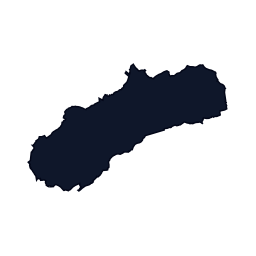 Dealu, Harghita, Romania (orthographic projection), rotated 44°
{"feature_id": "2599482B29353811741057", "entity_name": "Dealu", "entity_type": "district", "adm_level": 2, "iso_a3": "ROU", "parent_name": "Romania", "parent_adm1": "Harghita", "projection": "orthographic", "projection_center": [25.317, 46.415], "detail": "fine", "context": "isolated", "style": "filled", "palette": "ink", "viewbox_px": 256, "rotation_deg": 44, "n_neighbors": 0, "source": "geoboundaries", "source_scale": "gbopen_adm2", "svg_char_len": 5764}
<svg xmlns="http://www.w3.org/2000/svg" viewBox="0 0 256 256"><g transform="rotate(44 128 128)"><path d="M85.6,224.7L87.5,224.9L88.7,224.9L89.6,225.3L92.6,225.9L93.0,226.2L94.3,226.3L95.3,226.6L98.4,228.9L98.0,226.9L99.9,226.0L100.3,225.7L100.3,225.4L101.5,226.3L103.1,224.5L103.5,223.7L104.5,223.3L105.7,223.1L105.8,223.6L106.7,224.7L108.6,225.4L108.9,225.9L110.6,225.7L111.1,225.5L110.7,225.4L110.9,225.1L111.3,225.1L111.6,224.2L112.5,223.9L112.4,223.6L112.5,223.5L113.3,223.2L113.5,223.7L115.0,222.0L114.6,221.6L114.9,221.1L115.0,219.2L115.6,218.6L117.9,217.7L120.4,217.2L125.0,217.5L125.3,217.4L126.1,215.8L128.7,214.5L128.8,213.4L129.2,212.8L129.3,210.7L129.2,209.1L129.9,205.8L131.7,201.4L132.3,201.8L132.3,202.0L132.5,202.3L132.9,202.4L133.6,202.9L135.0,202.8L135.3,204.4L135.4,205.3L135.6,205.4L135.9,206.4L135.8,206.8L135.6,206.9L135.6,207.1L135.4,207.2L135.3,207.5L136.4,207.4L136.4,206.6L136.7,205.8L136.8,203.2L137.6,199.1L139.4,195.9L139.8,194.3L139.5,193.4L140.2,193.0L140.4,192.2L140.4,190.9L139.3,190.7L139.2,190.1L139.5,190.0L139.6,189.8L139.5,188.6L139.7,186.6L139.2,184.7L139.8,184.8L140.1,183.7L140.4,183.7L140.6,181.0L140.3,179.8L140.2,178.9L139.6,177.7L139.7,177.4L139.4,175.6L140.0,175.2L140.1,174.9L140.8,174.5L141.1,173.9L142.1,172.9L142.4,172.1L141.7,171.7L141.3,171.0L141.3,170.4L141.6,170.2L141.4,169.8L141.5,169.5L139.7,167.6L138.2,166.6L137.2,165.4L137.0,163.5L136.4,162.8L136.4,161.7L136.5,160.5L136.3,159.2L136.6,158.8L136.7,158.5L136.6,157.8L137.1,157.1L137.3,156.2L137.9,154.5L139.4,153.0L140.3,152.5L140.7,152.1L141.7,149.4L141.5,148.3L142.0,148.0L142.4,147.3L145.0,145.0L144.7,144.0L145.3,143.8L145.5,140.6L146.0,140.5L144.9,138.1L144.4,135.4L144.4,134.7L145.0,132.8L146.5,130.5L147.0,128.7L146.8,126.7L146.0,125.3L146.0,125.0L146.3,124.0L146.2,122.8L145.7,121.5L155.4,104.3L154.9,103.9L154.6,103.2L156.6,100.6L157.3,98.8L158.1,98.3L158.4,97.9L158.6,97.2L158.4,96.6L158.6,96.0L159.8,93.1L161.0,92.7L161.5,92.4L162.4,91.0L163.0,89.7L163.4,89.4L164.2,85.0L164.5,84.3L165.8,83.8L166.2,83.5L166.6,83.5L167.0,83.0L167.3,83.1L168.2,82.3L168.4,82.3L168.6,82.0L169.1,82.1L169.5,81.8L169.6,81.3L170.0,81.3L170.9,80.2L171.3,80.1L171.4,79.5L171.8,79.4L172.0,78.3L172.4,78.1L172.5,77.3L173.0,77.0L173.2,76.3L173.7,76.1L174.0,75.7L174.0,75.4L174.5,75.2L175.0,74.3L175.3,74.0L176.7,73.2L177.2,73.3L178.3,73.1L178.3,72.9L177.4,72.7L176.9,72.3L176.7,72.0L176.5,70.7L175.9,69.6L175.9,69.3L175.4,69.1L175.2,68.4L177.8,66.6L179.5,64.8L180.2,63.0L180.6,62.4L180.3,62.0L180.2,61.6L180.4,61.2L181.7,60.9L181.6,60.5L182.0,60.4L182.7,58.9L183.4,58.5L183.8,57.7L183.9,57.2L184.3,57.1L184.2,56.6L185.3,55.0L184.8,54.1L184.2,53.9L183.8,53.4L183.1,53.2L182.7,52.2L182.3,51.7L182.7,51.3L185.0,47.8L185.7,45.6L183.9,44.4L183.3,43.3L181.2,42.6L181.0,41.4L180.8,41.3L179.9,41.6L179.5,41.4L179.4,40.6L172.8,35.5L172.2,34.8L171.0,33.2L170.4,32.5L170.5,31.9L169.4,31.8L169.1,31.5L168.0,31.0L166.0,31.0L163.5,32.1L160.1,31.9L159.6,32.3L159.1,31.3L159.2,31.0L157.4,30.6L155.2,29.8L154.4,29.0L153.6,28.6L153.2,27.6L152.1,27.1L151.5,27.6L150.3,27.7L148.7,28.5L148.6,28.3L147.6,28.7L145.9,29.8L142.4,31.2L140.0,31.2L138.0,30.7L137.1,32.0L136.6,32.1L135.8,33.0L135.1,35.9L134.6,36.9L134.5,37.3L134.2,37.4L133.6,38.0L132.3,38.8L129.9,41.0L127.8,41.8L127.4,42.0L127.7,43.8L128.2,45.4L127.9,46.0L127.9,46.6L127.6,47.9L127.0,49.2L127.1,51.4L126.9,52.3L126.7,52.8L126.2,53.3L125.4,54.7L125.0,58.3L123.1,60.0L122.7,61.4L122.1,61.2L121.9,61.4L121.3,61.3L120.4,60.8L119.8,60.7L118.6,59.4L118.2,59.4L117.6,59.7L116.7,59.7L116.2,60.0L115.9,60.5L114.8,62.9L114.1,65.9L113.1,67.9L112.3,70.8L112.0,72.2L111.9,74.5L112.2,74.7L112.1,74.9L111.6,74.9L111.5,75.3L111.0,75.4L110.9,75.6L109.6,75.7L108.9,76.5L108.3,76.8L107.5,76.9L107.0,77.2L106.9,77.0L106.7,77.1L106.0,76.9L104.8,77.2L103.0,76.6L100.8,76.3L100.7,74.5L99.6,74.5L99.5,75.3L97.8,76.8L97.3,77.4L96.6,78.9L95.9,79.5L93.4,79.3L91.5,79.4L87.5,78.5L87.5,79.3L87.0,80.9L87.4,81.9L88.7,84.0L88.8,84.2L88.6,84.8L89.6,85.2L90.1,85.7L90.8,87.0L91.1,87.0L91.9,88.4L87.5,88.8L88.0,89.7L87.8,90.0L87.8,90.3L88.0,90.5L92.9,90.2L94.7,93.9L95.3,95.4L95.4,96.2L95.4,97.7L95.3,100.1L95.6,100.7L96.4,101.5L96.6,101.9L96.5,102.6L96.2,103.1L96.2,103.5L96.2,104.0L96.6,104.4L96.6,104.8L95.6,106.2L95.4,107.1L95.6,107.5L95.5,107.8L95.3,108.3L95.1,109.5L94.4,110.0L94.4,110.5L94.1,110.7L94.2,111.2L93.8,111.6L93.9,112.1L93.6,112.5L93.9,113.4L94.2,113.7L94.2,114.1L93.7,114.5L93.6,114.9L93.1,115.1L93.0,115.5L93.1,115.9L92.4,116.9L91.8,117.1L91.9,117.6L92.3,117.9L92.4,118.5L90.2,119.5L90.0,119.2L89.9,119.5L89.5,119.6L88.9,119.5L88.4,119.9L88.8,121.0L88.8,121.8L89.0,122.9L89.6,124.1L90.6,125.5L86.6,126.7L89.3,128.9L87.5,133.8L87.4,134.6L87.7,135.1L87.0,136.2L86.4,136.7L86.4,137.5L86.0,138.1L85.9,138.8L86.3,139.1L84.8,142.9L85.0,143.9L83.4,144.7L81.5,145.2L80.4,145.8L78.8,146.4L77.1,147.5L75.8,148.7L75.2,148.9L74.4,150.0L73.4,151.0L72.8,151.4L72.8,152.7L71.5,155.2L71.8,155.7L71.2,156.9L71.1,157.6L71.2,158.2L71.2,159.3L71.4,160.4L72.1,160.7L73.4,161.6L73.6,162.7L73.4,163.1L73.5,163.4L73.5,164.0L74.5,165.5L77.0,164.8L77.2,165.5L77.3,166.1L77.3,166.4L76.7,167.2L76.9,168.2L77.2,169.1L76.7,169.7L78.0,171.4L78.2,172.0L78.4,173.4L78.8,174.4L78.5,175.1L78.4,177.7L77.7,179.6L77.3,181.7L77.0,182.3L76.9,184.2L77.5,186.1L76.4,191.9L74.3,191.8L73.3,191.5L72.1,194.1L70.3,195.9L71.4,198.0L70.8,201.1L71.3,201.2L71.4,203.1L71.8,204.4L71.7,205.6L72.1,206.1L72.0,206.4L71.4,206.9L73.6,207.1L74.7,207.9L74.7,208.3L75.0,208.6L74.9,209.0L74.9,209.3L75.1,209.5L74.9,210.3L75.2,210.5L75.3,211.4L75.5,211.5L75.4,211.7L75.6,211.9L75.5,212.2L75.7,212.3L75.7,212.6L75.4,212.7L75.5,212.9L80.4,219.2L80.0,221.9L82.7,222.1L83.0,223.0L83.3,223.2L83.8,223.6L84.3,223.6L85.2,223.9L84.9,224.3L85.6,224.7Z" fill="#0f172a" stroke="#020617" stroke-width="1.5"/></g></svg>